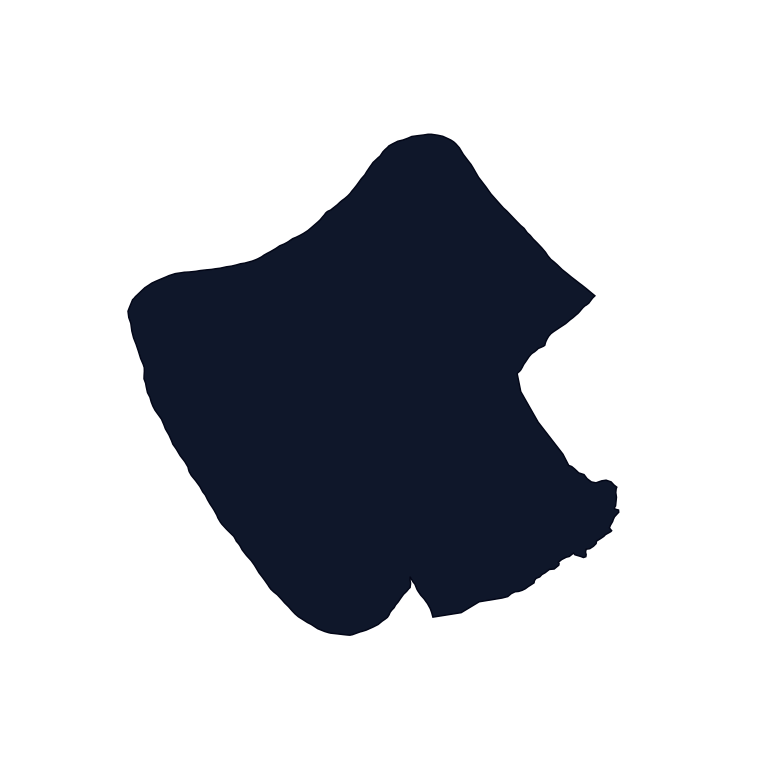 Barentu, Gash Barka, Eritrea, rotated 111°
{"feature_id": "51966322B45373579076089", "entity_name": "Barentu", "entity_type": "district", "adm_level": 2, "iso_a3": "ERI", "parent_name": "Eritrea", "parent_adm1": "Gash Barka", "projection": "equal_earth", "projection_center": [37.661, 15.11], "detail": "fine", "context": "isolated", "style": "filled", "palette": "ink", "viewbox_px": 768, "rotation_deg": 111, "n_neighbors": 0, "source": "geoboundaries", "source_scale": "gbopen_adm2", "svg_char_len": 4899}
<svg xmlns="http://www.w3.org/2000/svg" viewBox="0 0 768 768"><g transform="rotate(111 384 384)"><path d="M584.1,254.8L569.8,230.0L553.2,217.1L541.5,197.1L538.1,192.3L534.1,190.1L531.0,187.2L529.4,184.0L527.1,181.1L524.5,178.7L521.5,176.8L518.8,174.8L515.9,172.7L513.6,173.1L511.0,172.4L508.3,169.5L505.3,168.3L502.4,165.9L499.9,164.4L497.9,163.2L495.7,158.8L490.5,155.9L488.9,156.2L488.0,157.4L484.2,155.2L480.4,151.8L478.6,149.2L474.8,147.0L473.9,146.5L475.0,144.6L474.5,138.5L474.5,135.6L472.9,133.7L470.9,134.1L468.7,135.6L465.8,136.1L464.0,132.9L460.4,130.3L457.0,128.8L454.5,129.3L450.7,126.4L447.5,124.2L445.3,123.3L440.6,119.4L439.4,118.9L437.6,122.0L434.9,122.0L430.5,121.3L428.2,121.4L425.4,121.2L421.3,119.6L419.6,118.9L417.6,119.9L417.9,122.2L417.9,124.1L416.2,124.5L414.9,124.1L406.4,126.4L402.3,128.7L398.6,129.7L396.9,129.7L395.9,133.0L394.0,136.9L394.2,142.2L396.4,146.1L400.3,150.7L401.1,155.3L399.6,160.5L396.9,164.8L397.2,170.3L395.0,175.6L393.8,179.2L393.8,182.4L385.4,191.8L364.4,226.4L342.1,253.6L326.6,263.4L325.3,263.0L323.8,262.1L321.9,261.4L318.9,260.9L316.7,260.7L315.3,260.5L312.6,259.8L308.2,258.8L306.1,258.3L303.4,257.3L302.1,256.6L299.9,255.0L296.8,253.3L295.6,252.8L293.4,250.5L292.6,249.7L291.6,248.7L291.0,248.3L290.3,247.8L289.2,247.9L287.6,248.1L285.8,248.1L283.4,247.9L280.4,247.4L279.0,246.9L277.3,246.3L275.5,245.2L274.1,244.3L271.0,242.1L268.0,240.0L265.1,237.9L262.6,236.1L257.9,233.6L254.2,231.3L250.6,229.4L248.7,228.3L246.2,227.3L243.8,226.5L241.3,225.6L238.8,224.3L237.9,223.5L236.3,222.5L234.9,221.7L233.6,221.4L231.2,220.7L229.1,220.1L226.1,218.7L222.4,229.6L220.8,234.7L220.0,237.6L218.4,242.8L217.1,247.2L215.2,252.9L213.4,258.6L210.6,265.1L209.0,269.4L207.9,272.9L205.5,277.2L203.1,280.5L200.3,285.6L197.4,291.7L195.2,296.7L192.9,300.8L191.4,304.6L188.5,309.0L187.0,313.3L184.9,317.9L182.4,323.2L178.6,331.2L176.9,335.6L173.6,342.0L170.9,347.2L168.3,352.2L166.0,355.7L163.7,359.1L160.4,364.5L157.1,369.9L153.3,374.6L150.2,378.4L147.9,381.4L145.3,385.7L141.2,392.3L136.5,398.3L134.0,403.1L133.0,405.7L132.3,409.0L132.1,411.4L131.7,417.9L132.5,423.0L133.9,429.3L135.1,432.4L137.3,436.2L140.1,441.5L143.0,446.8L145.7,449.5L149.4,453.7L152.4,458.1L156.8,462.1L160.0,464.8L161.9,465.5L165.0,467.1L167.7,468.2L172.6,469.3L175.3,470.8L176.2,471.2L179.3,472.7L181.1,473.6L184.4,474.4L186.6,475.0L191.8,476.2L195.7,476.9L200.5,478.7L206.2,480.2L208.8,480.9L212.6,482.1L215.4,483.1L218.3,483.9L220.7,484.9L221.6,485.3L225.1,487.2L227.5,488.8L230.2,490.3L233.4,491.8L237.9,494.5L240.8,496.2L241.8,497.2L242.5,498.0L243.5,498.8L245.5,499.8L247.0,500.1L250.3,501.3L253.6,502.4L256.1,503.6L259.5,505.4L263.6,507.6L268.0,510.0L272.4,513.2L275.6,515.9L278.7,518.8L281.0,521.3L286.2,524.9L289.1,527.4L292.4,530.9L296.2,533.5L298.7,535.5L301.2,537.5L304.0,540.0L306.8,542.3L309.1,543.8L312.2,546.5L314.0,548.3L316.5,551.1L318.9,554.4L321.1,557.4L323.2,561.1L325.7,564.4L328.6,568.6L331.0,573.0L334.7,578.6L336.8,582.6L338.8,586.0L341.0,590.5L344.0,596.3L346.2,600.0L349.3,606.1L351.3,610.6L353.0,613.5L354.1,615.5L355.8,618.5L359.9,623.6L361.9,625.6L366.5,630.4L370.0,634.0L373.0,636.9L376.3,639.2L379.7,641.7L383.2,643.4L386.0,644.7L391.6,647.4L393.8,648.1L395.4,648.9L404.5,649.1L407.8,649.1L413.4,646.1L415.6,644.2L418.1,642.1L424.9,638.4L430.7,634.3L435.7,629.7L441.4,625.0L447.4,620.3L452.0,615.8L454.6,613.7L458.0,612.3L462.1,611.0L465.2,609.9L468.6,606.9L471.6,605.1L476.8,601.7L480.3,597.7L484.0,595.0L487.4,591.9L490.5,588.4L493.5,583.8L496.5,579.2L500.9,574.9L504.2,572.0L508.7,566.4L512.9,562.2L515.9,559.5L519.1,554.7L524.0,548.5L527.9,542.1L531.7,537.3L533.6,536.0L535.6,534.5L538.4,531.1L539.9,528.5L541.7,525.3L545.7,519.1L549.6,514.6L551.7,511.1L553.3,509.3L555.2,507.3L556.4,505.8L558.2,503.6L561.1,499.5L562.7,497.4L566.4,493.0L568.6,491.0L571.6,487.2L572.9,485.2L575.8,479.4L576.7,477.4L580.0,469.8L580.8,468.7L582.5,466.7L583.6,465.6L585.3,462.4L586.5,460.6L589.7,456.9L593.4,450.8L596.4,444.8L599.3,440.4L601.2,437.9L605.0,433.1L607.3,429.3L609.7,425.5L613.2,420.3L614.5,418.6L616.1,416.1L617.6,412.5L619.0,408.0L621.7,402.5L623.9,398.4L626.1,393.3L628.7,388.4L630.5,384.6L632.0,380.4L632.8,376.3L634.1,370.0L634.5,365.9L635.4,361.8L636.2,358.1L636.3,350.7L636.0,346.7L635.7,344.5L634.4,339.6L633.2,334.9L632.4,331.8L631.5,328.4L630.7,325.8L629.3,323.6L626.5,320.4L624.0,317.5L622.8,315.8L620.2,312.5L614.8,307.1L610.6,303.3L606.0,300.7L603.1,298.7L600.6,297.2L597.8,296.6L595.0,296.5L592.3,295.7L589.2,294.4L586.2,294.0L582.5,292.7L578.7,291.8L575.2,290.9L573.1,290.3L571.7,289.6L570.2,288.9L569.0,288.4L566.5,287.6L565.8,287.3L564.7,286.7L563.2,287.1L562.2,287.3L561.0,287.6L559.9,288.1L558.5,289.0L556.8,289.9L554.4,290.8L556.2,288.7L558.5,285.7L559.8,283.4L563.7,279.8L564.9,278.4L567.9,274.1L570.2,269.6L572.0,266.9L573.4,264.7L577.2,260.2L580.4,257.5L583.0,255.6L584.1,254.8Z" fill="#0f172a" stroke="#020617" stroke-width="1.5"/></g></svg>